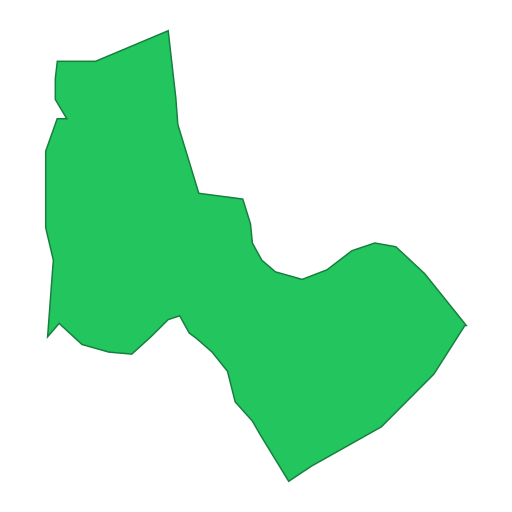 the district of Seocho-gu, Seoul, South Korea
{"feature_id": "91817680B5725333816693", "entity_name": "Seocho-gu", "entity_type": "district", "adm_level": 2, "iso_a3": "KOR", "parent_name": "South Korea", "parent_adm1": "Seoul", "projection": "albers", "projection_center": [127.03, 37.463], "detail": "fine", "context": "isolated", "style": "filled", "palette": "green", "viewbox_px": 512, "rotation_deg": 0, "n_neighbors": 0, "source": "geoboundaries", "source_scale": "gbopen_adm2", "svg_char_len": 731}
<svg xmlns="http://www.w3.org/2000/svg" viewBox="0 0 512 512"><path d="M466.3,325.5L424.6,273.6L395.9,246.8L374.8,243.0L351.9,250.7L327.0,269.8L302.1,279.4L275.3,271.8L261.9,260.3L252.4,243.1L250.5,223.9L242.8,199.1L198.8,193.3L177.8,124.4L175.8,97.7L168.2,30.9L168.2,30.7L95.5,61.3L57.3,61.3L57.1,63.2L55.3,78.5L55.3,99.5L66.8,118.7L57.2,118.7L45.7,151.2L45.7,172.2L45.7,202.8L45.7,227.7L53.4,260.3L52.9,265.7L47.6,336.8L49.7,334.4L59.1,323.4L82.0,344.5L108.8,352.1L131.8,354.1L150.9,336.8L168.2,319.6L179.7,315.8L189.2,333.0L196.9,338.8L212.2,352.2L227.5,371.3L235.2,401.9L252.4,421.1L260.1,434.5L288.7,481.3L311.3,466.2L381.4,426.8L433.9,374.1L464.6,325.9L466.3,325.5Z" fill="#22c55e" stroke="#15803d" stroke-width="1.5"/></svg>